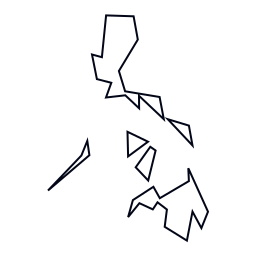 an SVG outline of Philippines
{"feature_id": "PHL", "entity_name": "Philippines", "entity_type": "country or territory", "adm_level": 0, "iso_a3": "PHL", "parent_name": "Asia", "parent_adm1": "", "projection": "albers", "projection_center": [122.681, 12.951], "detail": "coarse", "context": "isolated", "style": "outline", "palette": "ink", "viewbox_px": 256, "rotation_deg": 0, "n_neighbors": 0, "source": "natural_earth", "source_scale": "50m", "svg_char_len": 711}
<svg xmlns="http://www.w3.org/2000/svg" viewBox="0 0 256 256"><path d="M106.1,15.4L133.6,16.3L137.8,39.6L118.9,71.0L125.1,91.3L159.6,97.0L163.8,119.2L139.0,95.8L139.1,108.3L125.3,95.3L106.0,97.5L111.3,82.8L96.9,79.1L92.0,54.5L101.9,57.2L106.1,15.4ZM188.3,168.2L208.0,211.7L201.4,228.1L192.5,211.6L186.9,240.6L164.7,226.8L166.9,209.5L157.5,202.3L152.8,209.4L139.4,203.2L128.1,217.1L132.9,200.1L153.4,186.8L159.8,198.2L188.9,181.1L188.3,168.2ZM148.2,180.5L135.7,167.3L150.3,146.8L155.6,150.5L148.2,180.5ZM167.8,119.2L188.9,125.6L192.5,145.5L167.8,119.2ZM127.5,131.8L148.0,141.7L128.1,156.4L127.5,131.8ZM48.0,190.5L81.4,155.5L87.3,140.9L89.4,155.2L48.0,190.5Z" fill="none" stroke="#020617" stroke-width="2"/></svg>